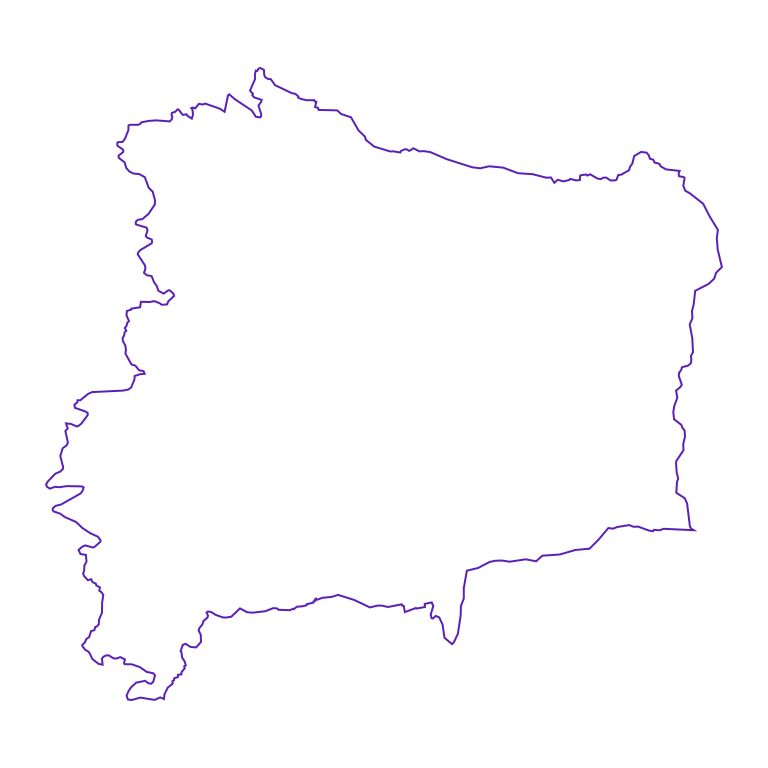 outline of Phichai, Uttaradit, Thailand
{"feature_id": "78962969B15647652968597", "entity_name": "Phichai", "entity_type": "district", "adm_level": 2, "iso_a3": "THA", "parent_name": "Thailand", "parent_adm1": "Uttaradit", "projection": "albers", "projection_center": [100.068, 17.291], "detail": "fine", "context": "isolated", "style": "outline", "palette": "violet", "viewbox_px": 768, "rotation_deg": 0, "n_neighbors": 0, "source": "geoboundaries", "source_scale": "gbopen_adm2", "svg_char_len": 6021}
<svg xmlns="http://www.w3.org/2000/svg" viewBox="0 0 768 768"><path d="M641.2,151.9L634.2,156.0L632.3,163.7L630.1,166.6L629.1,170.2L621.3,174.6L618.2,175.1L616.7,179.4L615.6,180.3L610.6,180.5L606.2,177.6L603.2,177.7L600.8,179.1L597.5,178.6L590.2,174.3L587.3,175.5L586.1,174.5L581.1,175.2L580.2,175.6L579.9,180.0L576.1,180.4L570.1,178.9L569.1,180.0L563.5,181.4L557.7,179.8L554.3,182.8L551.0,177.5L546.3,177.7L532.7,174.2L518.0,173.2L503.1,167.6L489.1,166.3L480.2,168.3L472.3,167.3L446.8,159.2L430.3,152.1L423.5,151.1L419.5,151.4L413.4,148.3L409.3,150.9L406.3,149.2L404.4,149.5L401.0,150.9L400.3,152.5L393.1,151.3L390.4,151.5L374.2,146.6L366.0,140.0L364.9,136.6L358.5,130.4L351.0,117.3L341.1,114.0L337.3,110.4L318.6,109.9L318.1,108.0L315.1,107.0L316.3,101.9L314.7,101.4L314.3,100.2L306.4,100.2L301.2,99.0L298.2,97.7L298.3,96.5L295.5,93.9L291.6,93.1L275.1,85.2L270.9,79.3L267.4,78.7L265.2,77.1L264.3,75.2L263.9,69.9L260.3,68.0L258.6,68.6L257.3,70.9L255.8,70.6L254.9,74.4L255.0,79.2L250.0,90.7L252.9,93.7L252.3,95.2L254.0,97.3L261.6,99.9L261.4,101.4L258.5,105.6L261.2,114.1L261.1,116.3L260.2,117.4L255.9,116.8L251.7,110.4L235.3,99.5L229.3,94.4L228.0,95.4L224.6,111.8L219.9,108.7L204.9,103.5L203.2,104.5L198.8,103.9L195.2,108.4L192.8,107.6L191.3,108.0L192.5,109.9L193.0,114.6L191.8,118.6L187.3,115.7L186.6,114.3L182.7,114.9L178.7,109.7L177.5,109.4L175.2,111.8L171.9,112.9L171.5,115.1L172.3,116.6L171.7,119.4L169.8,121.4L156.7,120.4L148.7,120.9L141.4,122.3L140.5,123.7L138.3,124.8L129.7,124.8L128.5,125.5L128.4,130.1L124.9,138.9L122.5,141.9L117.9,142.2L117.2,143.2L117.4,145.7L122.9,149.5L123.4,150.8L123.1,152.1L118.6,155.6L118.7,157.8L124.6,162.3L126.3,168.1L129.5,171.6L133.5,173.5L139.6,174.2L144.8,177.2L148.7,187.7L152.7,191.7L155.1,200.6L154.8,204.5L148.5,213.9L142.3,219.1L137.9,219.8L135.9,221.6L135.7,223.9L136.4,224.6L146.7,227.7L147.5,230.3L145.8,236.0L147.1,237.6L151.7,239.5L152.2,241.9L151.5,243.4L140.4,250.0L138.2,252.5L137.7,254.3L145.0,265.5L145.4,268.6L144.0,272.9L147.1,275.3L151.6,276.1L154.1,282.3L156.6,285.7L158.4,290.8L163.6,293.6L168.3,290.3L169.6,290.3L173.4,293.6L174.1,295.9L168.3,301.3L167.1,304.4L161.7,304.8L159.7,303.2L154.2,301.1L149.9,302.0L140.9,301.8L140.1,307.3L131.4,308.6L131.2,309.6L126.9,311.0L126.5,315.5L129.0,321.0L127.1,323.1L126.6,325.7L124.8,328.0L126.3,330.8L124.7,332.2L124.0,335.8L122.6,338.0L122.9,341.1L125.3,345.5L126.0,350.0L125.4,353.5L131.4,364.4L135.4,365.7L139.2,370.3L143.5,371.1L144.7,373.8L140.1,374.2L134.6,376.0L134.5,379.4L131.1,387.6L128.2,389.6L122.8,390.6L92.1,392.1L88.2,393.8L80.2,400.3L77.5,400.2L77.3,402.4L74.4,404.7L74.9,407.8L86.2,411.8L87.7,413.1L87.7,415.1L81.4,423.6L78.2,426.1L76.6,426.4L70.8,423.9L66.0,423.4L67.7,428.4L65.4,431.0L67.9,442.5L66.7,445.3L62.6,448.3L60.3,456.1L63.1,466.9L63.0,468.9L60.2,471.6L55.3,473.7L47.7,481.6L46.1,484.6L46.9,486.7L49.8,488.6L55.1,486.8L59.2,487.2L66.9,486.1L81.8,486.4L83.7,487.4L82.6,490.8L80.7,493.4L60.9,504.6L55.7,505.8L52.9,508.2L52.7,510.2L53.8,511.5L59.8,513.5L65.3,517.3L76.1,522.0L82.5,528.1L90.6,533.4L97.9,536.7L100.6,540.3L100.3,541.8L94.3,547.1L92.8,547.5L85.1,545.4L82.2,546.7L78.6,549.9L80.4,554.0L85.9,554.9L86.5,561.6L84.4,565.5L84.2,570.5L83.1,573.7L84.2,576.2L87.9,580.2L91.2,579.2L92.6,582.2L95.8,583.6L96.3,585.4L99.9,587.4L99.3,590.8L101.3,592.0L103.3,594.9L102.1,602.7L102.0,612.7L99.0,619.7L98.8,624.3L96.7,626.6L95.3,626.9L94.4,630.1L91.0,631.2L89.2,637.0L86.3,639.1L84.9,642.4L82.2,645.0L82.4,646.1L85.1,649.7L88.9,652.0L92.5,659.1L98.6,663.9L102.6,664.7L101.9,658.7L103.5,656.7L106.0,655.5L108.7,655.3L113.6,658.4L116.4,658.5L120.3,657.1L124.9,659.4L124.0,663.3L124.6,664.2L131.7,664.3L139.8,667.1L146.7,671.9L153.4,673.3L155.0,675.4L153.2,681.9L151.3,683.7L148.5,683.3L145.1,680.8L136.1,682.7L131.1,687.3L128.4,691.4L126.6,695.6L127.9,699.5L131.8,700.0L140.3,697.6L154.7,699.9L160.2,697.4L164.0,699.0L164.4,694.5L167.7,687.7L172.7,683.6L172.4,681.2L174.0,680.3L174.3,678.2L177.9,677.1L178.0,674.8L181.4,674.4L181.5,672.2L184.7,668.3L184.2,666.3L185.8,665.3L184.6,661.3L182.2,657.8L181.4,652.1L180.6,651.1L182.8,644.9L185.5,643.8L190.7,647.0L196.2,647.4L201.0,641.9L200.8,634.9L198.6,630.5L199.5,627.9L202.3,624.6L203.5,621.0L207.5,617.5L208.0,615.5L206.5,612.7L207.5,611.6L211.0,611.9L215.7,614.9L222.9,617.4L225.7,617.6L231.3,616.7L240.0,608.4L247.1,612.2L252.6,612.7L265.4,611.2L273.3,608.1L277.4,608.5L278.5,609.8L290.0,610.2L293.1,608.7L293.8,609.2L296.9,606.7L301.9,606.4L306.5,605.3L306.8,604.2L313.5,602.6L313.5,601.4L315.4,600.8L315.0,599.4L316.0,598.6L317.3,599.7L322.4,597.8L331.7,596.9L338.1,594.9L354.3,600.0L369.9,607.4L377.6,605.6L381.8,605.6L388.1,607.0L401.7,604.3L402.1,605.6L403.7,605.9L404.9,612.1L415.9,608.0L416.3,608.6L424.9,607.0L424.7,603.9L431.7,602.4L433.3,606.0L430.7,614.6L431.6,618.1L432.9,618.5L435.8,615.9L439.2,617.4L442.5,624.4L444.5,637.8L452.0,644.1L453.9,642.2L457.9,633.7L460.7,615.2L460.9,606.1L463.8,598.5L463.8,588.0L466.9,570.7L478.0,568.0L489.5,562.0L494.9,560.8L501.6,560.5L509.7,561.7L525.7,559.3L536.1,561.3L542.3,555.7L559.7,554.5L575.2,550.0L589.5,548.7L598.6,539.6L608.4,528.0L612.9,528.7L617.3,527.0L629.2,525.1L633.6,526.8L638.1,526.6L648.8,530.5L653.1,531.2L654.0,529.8L659.5,530.3L663.6,528.8L693.7,530.2L691.3,528.7L689.9,526.4L687.1,503.5L684.8,498.3L676.3,492.7L677.0,481.9L678.2,478.7L676.7,472.4L676.0,462.8L676.4,460.9L683.5,450.2L683.2,444.2L685.0,436.6L684.6,430.6L682.5,427.9L681.3,424.8L674.1,419.3L673.3,412.1L674.2,406.2L677.3,397.8L676.1,390.6L680.3,387.1L681.8,384.7L678.8,376.1L679.0,373.0L681.3,369.7L682.0,367.2L687.9,365.7L690.7,363.5L691.4,360.1L690.9,356.1L693.0,352.1L692.3,338.3L689.7,324.4L692.4,318.3L692.0,310.9L693.7,304.4L695.2,290.8L708.6,283.9L714.2,278.7L716.1,272.7L721.9,267.1L717.7,249.5L716.8,238.1L717.9,229.9L709.3,215.8L703.2,203.8L689.6,193.1L685.3,190.8L683.3,185.7L684.6,177.9L683.7,177.0L679.1,176.3L678.6,173.7L679.6,170.9L666.1,169.4L660.9,166.5L659.3,163.8L654.5,162.5L653.2,159.6L650.0,158.8L648.7,155.2L646.7,152.7L641.2,151.9Z" fill="none" stroke="#5b21b6" stroke-width="2"/></svg>